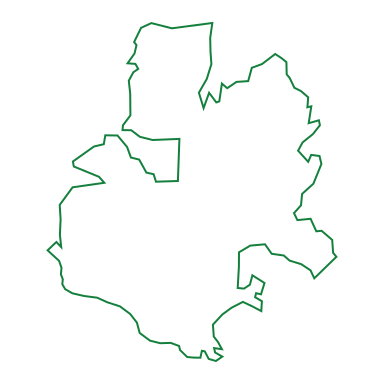 Kasan, Kashkadarya, Uzbekistan
{"feature_id": "79887680B27619716135754", "entity_name": "Kasan", "entity_type": "district", "adm_level": 2, "iso_a3": "UZB", "parent_name": "Uzbekistan", "parent_adm1": "Kashkadarya", "projection": "albers", "projection_center": [65.779, 39.126], "detail": "fine", "context": "isolated", "style": "outline", "palette": "green", "viewbox_px": 384, "rotation_deg": 0, "n_neighbors": 0, "source": "geoboundaries", "source_scale": "gbopen_adm2", "svg_char_len": 1826}
<svg xmlns="http://www.w3.org/2000/svg" viewBox="0 0 384 384"><path d="M107.4,302.3L120.0,306.4L130.2,314.0L136.9,322.6L139.7,333.0L149.9,340.6L160.1,343.2L170.8,342.9L179.1,346.0L180.0,350.0L187.2,357.0L193.6,357.6L200.4,357.7L201.9,350.8L204.8,351.4L208.7,358.9L215.9,361.0L222.3,356.6L215.1,352.5L214.1,348.1L221.9,349.2L218.1,342.2L213.8,336.6L212.9,324.7L222.3,314.5L231.6,307.7L242.9,301.9L252.6,306.5L261.3,311.1L261.9,301.2L255.1,297.2L256.1,293.2L261.0,294.3L264.5,283.0L252.4,275.3L249.9,284.7L244.0,288.6L237.7,288.0L238.9,266.7L239.0,252.3L250.3,245.6L265.0,244.3L271.7,253.8L283.8,255.5L289.6,260.6L301.3,264.2L310.5,270.3L314.3,278.3L336.4,256.8L333.1,252.8L332.2,239.9L321.6,230.8L316.3,231.3L310.6,218.8L297.4,220.1L294.0,213.1L301.0,205.3L302.1,193.9L313.4,183.7L321.4,164.0L319.5,156.0L311.2,154.9L308.2,161.8L298.1,150.7L302.6,142.4L312.9,134.1L319.9,125.3L318.9,120.3L308.7,123.2L311.3,106.3L307.4,107.3L308.2,97.3L300.9,91.0L294.4,87.8L289.7,78.0L286.7,74.4L286.4,62.1L281.3,58.0L275.2,54.0L262.1,64.0L251.8,67.8L248.2,81.1L236.5,81.9L227.2,88.2L221.9,83.6L219.3,101.4L216.3,102.4L209.1,92.8L203.6,108.1L198.9,92.7L206.8,78.9L211.4,64.1L210.5,51.7L210.2,37.9L212.3,23.0L171.8,28.3L151.4,23.1L141.1,27.8L134.1,42.1L136.5,45.1L134.5,53.5L127.6,63.3L135.4,63.9L138.2,68.9L133.3,72.3L128.8,80.7L130.2,93.6L130.4,115.4L123.0,125.2L122.5,130.1L131.2,130.2L139.9,136.8L152.6,140.0L179.4,138.9L177.9,181.0L156.0,181.7L153.6,174.2L146.4,172.6L139.2,159.6L130.9,157.5L127.1,147.0L117.5,135.5L105.3,135.3L103.8,144.2L94.0,146.5L72.9,161.5L73.8,166.5L99.0,176.8L104.3,182.8L72.6,187.3L59.7,204.9L60.6,219.3L59.9,234.7L61.2,247.1L56.4,242.0L47.6,250.3L59.1,260.9L61.5,267.9L60.9,274.3L62.8,279.3L62.3,284.2L65.2,289.2L72.4,293.3L84.1,296.0L97.2,297.7L107.4,302.3Z" fill="none" stroke="#15803d" stroke-width="2"/></svg>